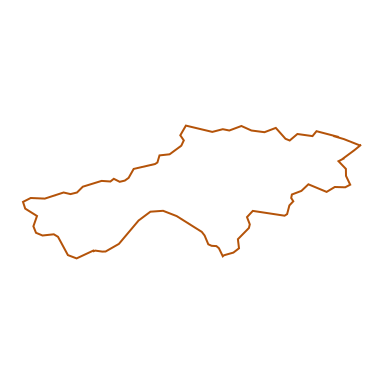 outline of Dungannon
{"feature_id": "GBR-2089", "entity_name": "Dungannon", "entity_type": "District", "adm_level": 1, "iso_a3": "GBR", "parent_name": "United Kingdom", "parent_adm1": "", "projection": "robinson", "projection_center": [-6.923, 54.449], "detail": "fine", "context": "isolated", "style": "outline", "palette": "amber", "viewbox_px": 384, "rotation_deg": 0, "n_neighbors": 0, "source": "natural_earth", "source_scale": "10m", "svg_char_len": 1224}
<svg xmlns="http://www.w3.org/2000/svg" viewBox="0 0 384 384"><path d="M222.8,256.3L218.9,248.2L216.4,246.1L211.6,245.8L208.3,244.3L204.6,235.5L201.8,231.9L176.7,216.1L163.1,210.8L150.4,211.7L138.6,220.5L118.9,243.9L105.6,251.5L102.3,251.6L95.2,250.6L93.7,251.2L93.3,250.6L76.6,258.4L67.9,255.1L58.0,236.8L53.8,234.3L42.5,235.5L36.0,232.8L33.4,226.3L37.0,216.0L25.2,208.6L23.0,201.9L30.7,198.0L44.8,198.6L63.6,192.5L70.5,194.1L77.0,192.5L82.8,186.7L101.6,180.9L110.4,181.5L113.8,178.8L119.7,181.8L124.8,180.6L128.6,177.9L133.7,168.9L155.1,164.0L157.4,162.5L159.5,155.4L169.6,154.3L181.3,145.7L183.8,140.4L180.3,135.3L185.9,125.6L212.3,131.9L222.8,129.2L229.3,130.5L241.4,126.0L251.4,130.5L264.5,132.2L275.8,127.9L285.5,138.8L289.7,140.5L297.4,134.0L312.5,136.1L316.5,131.2L336.4,136.4L335.7,136.7L343.9,139.1L359.6,145.3L361.0,144.8L354.6,150.0L343.0,158.6L343.2,158.8L338.5,161.2L345.9,168.9L346.0,175.9L350.2,184.7L345.2,187.3L334.8,187.0L326.6,191.9L308.4,184.3L301.4,190.9L291.9,194.5L291.2,198.0L293.3,201.3L289.4,205.4L287.1,214.1L284.6,215.7L252.8,210.9L247.0,217.1L249.8,224.4L248.9,228.0L237.9,239.2L239.0,248.3L233.4,252.6L225.6,254.8L223.9,255.3L222.8,256.3Z" fill="none" stroke="#b45309" stroke-width="2"/></svg>